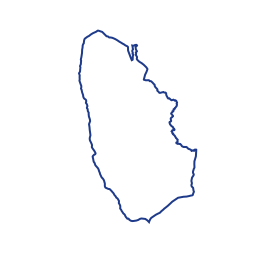 the district of Villarrica, Tolima, Colombia, rotated 134°
{"feature_id": "7082276B66227152382506", "entity_name": "Villarrica", "entity_type": "district", "adm_level": 2, "iso_a3": "COL", "parent_name": "Colombia", "parent_adm1": "Tolima", "projection": "albers", "projection_center": [-74.639, 3.846], "detail": "fine", "context": "isolated", "style": "outline", "palette": "blue", "viewbox_px": 256, "rotation_deg": 134, "n_neighbors": 0, "source": "geoboundaries", "source_scale": "gbopen_adm2", "svg_char_len": 5704}
<svg xmlns="http://www.w3.org/2000/svg" viewBox="0 0 256 256"><g transform="rotate(134 128 128)"><path d="M181.1,47.5L180.1,48.0L177.8,48.7L177.2,48.8L176.3,48.8L171.0,47.7L169.2,47.1L166.8,46.2L164.6,46.2L162.0,45.9L160.6,45.9L159.6,45.7L156.4,45.3L153.0,45.1L150.3,45.0L144.2,43.7L143.6,43.6L143.1,43.3L138.9,40.3L136.7,38.3L135.0,37.1L132.9,35.8L132.5,35.5L131.8,35.0L131.3,34.9L130.9,35.0L129.9,35.6L128.5,36.1L127.9,36.5L127.6,37.3L125.9,39.5L125.8,39.8L125.8,41.5L125.4,42.3L124.8,42.9L124.2,43.1L123.2,43.8L122.2,45.4L121.8,45.8L119.3,47.4L118.6,47.6L117.8,47.7L116.9,47.9L116.2,48.1L115.9,48.3L115.6,48.6L115.3,49.6L115.0,50.2L114.5,50.7L113.8,51.2L112.9,51.6L111.9,52.2L110.6,52.6L110.2,52.8L107.9,55.2L105.8,57.1L101.2,59.5L96.2,63.8L96.2,64.0L97.1,64.9L97.4,64.9L97.6,64.9L98.0,64.6L98.5,64.6L98.7,64.9L98.8,65.7L99.3,65.9L100.2,66.2L100.3,66.3L100.1,66.8L100.0,67.5L100.5,69.1L100.8,69.5L100.9,69.8L101.1,70.7L100.9,71.9L101.1,72.2L101.2,73.0L101.8,73.5L102.1,73.9L102.4,74.1L102.6,74.5L103.1,74.9L103.4,75.9L103.5,76.1L103.6,76.4L103.5,77.2L103.3,77.6L103.2,79.3L103.3,79.5L103.9,80.0L104.0,80.6L104.2,80.9L104.8,81.1L104.9,81.3L104.9,81.7L105.3,82.4L105.3,82.6L104.9,83.1L104.7,83.1L103.9,82.8L103.3,82.9L103.1,83.1L102.8,83.6L102.4,83.9L102.0,84.0L101.9,84.2L101.9,85.3L101.8,85.7L101.9,86.5L101.6,87.0L101.4,88.3L101.1,88.8L101.1,90.4L101.2,91.2L100.8,91.5L101.0,91.9L101.0,92.1L100.7,92.2L100.6,92.4L100.6,93.0L100.1,93.5L100.1,94.3L98.7,94.5L98.4,94.3L97.8,93.6L97.5,93.3L97.0,93.3L96.8,93.5L96.5,94.4L96.5,94.8L96.6,95.2L96.5,95.7L96.1,96.5L96.1,96.8L96.3,97.3L96.4,98.3L96.3,98.5L96.3,99.1L96.2,99.7L96.2,100.0L96.1,100.4L95.3,101.9L94.8,102.2L94.6,102.2L94.0,101.9L93.5,101.8L93.1,101.8L92.8,102.0L92.6,102.4L91.7,103.7L91.3,103.9L90.8,104.0L90.4,104.0L89.9,103.9L89.7,103.8L89.1,103.9L88.6,103.8L88.3,103.8L88.0,104.1L87.8,106.4L87.7,106.9L87.5,107.1L85.7,107.2L85.0,107.6L84.7,107.4L84.7,107.1L84.4,107.1L84.3,107.4L84.1,107.5L83.3,107.6L82.9,108.2L82.7,108.2L82.2,107.8L81.7,107.7L81.5,107.8L81.3,108.1L81.0,108.2L80.5,108.0L79.7,108.1L78.9,108.3L78.2,108.3L77.9,108.5L77.5,108.9L77.1,109.1L76.6,110.0L75.8,110.2L75.6,110.4L75.5,110.6L75.5,110.9L75.2,111.7L75.2,112.2L75.0,112.3L75.1,113.1L75.4,113.5L75.8,113.5L76.1,115.0L77.6,115.8L77.8,116.0L77.9,116.7L78.0,117.6L77.9,117.9L78.0,119.0L78.3,119.3L78.6,119.4L78.8,119.5L78.7,120.7L78.2,121.7L78.1,122.4L77.6,123.5L77.1,124.0L76.5,124.8L76.5,125.6L77.3,126.5L77.4,126.8L77.5,127.5L80.4,129.3L80.7,129.6L80.9,130.1L80.8,130.7L80.7,131.0L80.8,132.6L80.7,133.0L79.8,133.7L79.7,134.1L79.6,136.8L79.3,137.4L79.2,138.0L78.9,138.4L78.5,138.7L78.4,139.1L78.4,140.8L78.3,141.6L78.3,143.6L78.5,144.2L79.2,144.9L79.1,146.0L79.3,146.4L81.2,148.2L82.2,150.0L82.1,150.3L77.8,152.7L75.0,153.6L72.5,154.7L72.1,155.0L71.9,155.5L71.6,157.2L71.6,159.9L71.6,161.1L71.8,162.2L71.8,163.1L72.3,165.1L72.5,166.5L72.5,168.3L72.4,169.2L72.2,169.7L71.0,170.5L70.5,171.1L70.3,171.9L70.2,172.5L70.0,172.9L68.5,174.2L68.3,174.8L68.1,174.9L66.7,174.8L66.5,175.0L66.5,175.5L65.9,177.0L64.9,178.4L64.6,178.5L64.3,178.9L64.2,179.0L62.8,178.7L62.4,178.8L62.3,179.2L62.3,179.6L62.7,180.0L63.2,180.5L64.6,181.0L65.1,181.4L65.7,182.2L66.3,181.2L67.4,179.9L67.8,179.1L69.1,178.8L69.7,178.4L70.0,177.9L70.4,177.0L71.5,176.3L71.5,176.1L71.4,175.6L71.4,175.2L71.5,175.0L71.7,174.9L72.9,174.5L75.5,172.2L75.8,172.1L76.6,172.4L75.4,175.1L74.3,177.4L72.3,181.6L71.9,182.1L70.1,183.9L69.7,184.5L69.7,185.2L70.4,187.3L70.7,189.4L71.1,190.5L71.3,191.8L71.9,194.1L72.3,196.5L72.8,198.6L73.3,200.1L74.0,201.9L74.9,203.3L75.9,204.4L76.0,204.8L76.0,205.7L76.2,206.2L76.9,207.2L76.8,212.8L76.8,213.3L78.0,215.8L78.6,217.0L78.8,217.2L79.2,217.5L80.6,217.7L82.0,218.2L83.9,219.0L85.7,219.5L87.2,219.8L88.3,219.9L88.9,220.0L90.6,220.6L93.6,221.1L94.3,221.0L95.5,220.4L97.9,218.6L98.8,218.5L100.0,218.0L101.8,216.5L103.5,215.4L106.1,213.1L109.5,210.7L110.7,210.0L111.2,209.7L111.7,209.3L112.1,208.5L113.9,207.1L114.4,206.6L115.0,206.2L116.6,205.6L116.9,205.4L117.4,204.4L119.6,202.7L120.2,202.1L121.0,201.6L122.2,201.4L122.7,201.2L123.7,199.3L124.3,198.8L125.0,198.2L126.6,196.5L127.7,195.8L129.7,191.9L130.0,191.1L130.9,190.1L131.4,189.7L132.2,189.3L132.5,188.7L132.7,188.0L134.2,185.8L135.5,183.2L136.5,182.0L137.0,181.0L137.2,180.2L137.2,179.4L137.0,178.5L137.0,178.0L137.2,177.3L137.9,176.5L138.6,176.2L139.2,175.7L139.3,174.7L140.0,173.0L140.6,172.3L141.7,171.9L142.3,171.2L142.4,170.2L143.7,168.7L144.3,166.9L145.3,166.0L146.9,164.1L147.9,162.1L148.5,161.1L149.4,160.0L151.0,159.3L152.3,158.7L154.2,156.2L155.8,154.4L158.7,150.7L159.4,149.9L161.4,148.8L162.3,148.1L162.9,147.4L163.4,146.7L163.8,145.5L164.6,143.4L165.0,142.5L165.6,141.7L166.7,140.9L167.0,140.5L167.4,138.8L167.8,136.5L168.3,134.8L168.7,133.8L169.2,133.5L169.7,133.4L170.3,133.6L170.8,133.8L171.4,133.8L172.5,133.8L173.1,133.6L173.4,133.1L173.8,132.7L174.0,132.2L176.0,129.4L176.2,128.9L176.2,128.1L177.5,125.5L177.8,121.7L178.2,120.5L179.2,118.7L179.9,117.0L180.4,116.4L181.8,112.8L181.9,112.1L181.8,111.6L182.1,109.7L182.9,107.9L183.3,107.4L183.8,106.4L184.6,105.5L185.8,104.4L186.3,103.6L186.5,102.7L186.4,102.4L185.6,100.1L185.3,99.5L184.7,98.8L184.7,97.3L184.8,95.4L184.9,94.7L185.0,93.1L185.6,91.2L185.7,90.6L185.7,89.5L186.2,88.1L186.0,86.8L186.2,85.5L186.6,84.5L186.7,83.9L187.6,83.0L188.0,82.8L188.5,82.2L188.6,81.5L189.2,79.8L190.2,78.6L191.2,77.9L191.4,77.6L191.6,76.1L192.1,74.8L192.3,73.6L192.7,72.1L192.6,70.9L192.6,70.2L193.3,68.4L193.5,67.5L193.6,66.3L193.7,65.8L193.7,65.4L193.3,65.0L192.9,64.7L192.9,63.9L193.1,63.1L192.6,61.2L192.3,60.8L191.8,60.1L191.0,59.4L188.8,57.7L187.1,56.8L184.9,56.2L183.7,55.4L181.4,52.4L181.0,49.9L181.1,47.5Z" fill="none" stroke="#1e3a8a" stroke-width="2"/></g></svg>